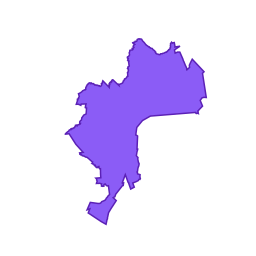 outline of Allende, Chihuahua, Mexico, rotated 24°
{"feature_id": "50627088B83243051408080", "entity_name": "Allende", "entity_type": "district", "adm_level": 2, "iso_a3": "MEX", "parent_name": "Mexico", "parent_adm1": "Chihuahua", "projection": "albers", "projection_center": [-105.393, 27.035], "detail": "fine", "context": "isolated", "style": "filled", "palette": "violet", "viewbox_px": 256, "rotation_deg": 24, "n_neighbors": 0, "source": "geoboundaries", "source_scale": "gbopen_adm2", "svg_char_len": 5644}
<svg xmlns="http://www.w3.org/2000/svg" viewBox="0 0 256 256"><g transform="rotate(24 128 128)"><path d="M73.3,159.1L76.5,157.2L87.0,164.1L96.9,168.5L93.9,170.4L94.5,171.1L94.7,171.6L95.0,171.6L95.6,171.1L95.8,171.1L95.9,171.7L96.7,171.5L97.4,171.9L98.6,171.8L99.0,171.5L101.1,171.8L102.1,171.5L102.8,171.5L109.2,173.5L109.5,173.5L109.4,173.9L109.8,175.0L109.7,175.1L110.3,175.2L110.5,174.9L111.7,175.1L111.8,175.4L112.9,176.1L113.2,176.0L113.4,175.5L114.6,176.7L114.8,176.6L115.7,176.9L116.3,176.5L116.3,175.5L117.1,175.0L117.5,176.0L118.0,176.3L118.4,176.6L118.7,176.8L119.0,176.7L119.4,176.4L121.7,181.3L123.4,184.5L119.0,186.9L120.2,187.4L120.5,188.3L121.1,188.7L121.6,189.4L121.5,190.3L121.7,191.5L122.5,191.0L123.1,190.9L124.4,190.1L125.3,189.9L125.9,190.0L126.5,189.8L126.5,190.1L127.4,191.8L127.6,191.6L128.3,191.7L128.5,191.6L128.6,191.3L129.6,191.1L129.7,190.9L129.4,190.4L129.1,189.2L129.6,188.8L129.9,188.4L130.9,189.0L132.1,189.4L132.7,189.3L132.8,189.1L133.3,189.0L133.6,188.7L138.2,196.2L137.2,198.8L137.3,199.5L136.7,201.0L136.7,202.2L136.4,203.2L135.5,204.4L134.0,205.9L133.6,207.5L133.0,208.3L131.4,209.1L123.8,211.3L123.9,219.4L126.0,217.4L126.2,221.8L141.7,224.4L147.1,224.9L146.1,220.2L146.2,219.4L145.7,218.2L145.6,217.5L144.7,213.3L145.2,209.0L146.8,199.1L142.8,197.7L143.6,196.5L144.0,196.1L143.7,193.5L146.5,182.5L147.0,182.4L146.3,179.9L145.8,180.3L145.8,180.7L145.1,180.6L144.5,171.7L150.2,177.6L151.1,177.9L151.1,178.2L155.3,182.7L157.8,179.5L154.7,176.3L157.1,173.9L158.8,171.8L158.9,170.5L159.2,170.2L159.8,170.1L159.9,169.3L159.8,169.0L158.9,168.1L158.3,166.6L158.0,165.7L155.4,166.0L154.8,164.9L154.2,164.6L154.1,164.0L154.3,163.6L153.5,161.1L153.2,159.2L153.3,158.5L152.8,156.4L152.4,155.7L151.8,155.5L149.4,152.2L149.3,151.4L149.1,150.9L148.0,150.5L146.9,149.9L145.9,146.1L145.6,143.8L145.4,143.3L144.8,143.6L140.1,131.6L140.0,131.4L138.5,131.1L137.9,131.2L135.8,123.9L138.2,115.3L143.6,108.0L183.4,86.3L184.2,87.0L184.5,87.0L185.5,86.2L186.4,86.2L184.9,84.1L185.2,83.3L185.3,83.3L185.3,82.9L187.2,77.7L182.7,73.4L183.4,70.3L184.9,69.1L187.1,68.3L173.8,47.7L174.6,45.7L158.7,39.0L158.5,42.7L158.5,45.6L158.7,46.1L159.6,47.5L158.1,51.0L157.9,50.9L157.8,50.6L157.6,49.8L155.8,48.1L155.2,47.7L151.9,44.5L151.2,44.0L150.0,42.6L144.5,37.6L142.5,38.4L140.6,40.4L138.7,37.8L142.2,32.1L137.9,34.9L137.7,34.3L135.5,31.1L134.4,31.9L134.1,32.4L132.9,31.9L132.8,32.6L132.5,33.6L133.1,34.8L133.2,35.6L133.7,36.3L133.9,36.7L134.0,37.2L133.8,37.8L134.1,38.2L134.1,38.7L134.0,39.4L133.6,39.5L133.3,39.9L133.2,40.9L132.8,41.5L132.8,41.9L132.3,42.7L132.4,43.0L132.0,43.4L131.6,43.4L131.3,43.7L130.4,45.0L129.4,45.6L129.1,46.2L127.8,46.8L127.5,47.1L127.5,47.8L126.9,48.2L125.8,48.4L125.2,48.3L124.6,48.6L123.4,48.6L123.0,48.4L122.6,47.5L122.0,47.6L121.8,47.2L121.5,46.9L120.1,46.4L118.9,46.2L118.0,45.6L117.5,45.5L116.5,45.9L115.8,45.6L115.1,45.7L114.4,45.2L113.9,45.5L112.8,45.1L110.8,44.8L110.7,44.6L110.2,44.5L108.0,43.3L106.1,42.6L104.4,41.4L103.5,41.4L102.5,42.1L102.0,41.9L101.7,42.0L101.5,42.3L100.6,43.1L100.4,43.4L100.7,44.8L100.6,45.3L100.1,45.7L99.3,45.8L99.2,46.0L99.4,46.6L99.2,47.0L98.2,47.5L97.6,48.2L97.8,48.4L100.2,48.9L99.8,49.5L99.5,50.3L99.5,51.3L99.6,51.5L100.6,51.8L100.7,52.0L100.5,52.5L99.4,53.6L99.6,53.8L100.5,54.0L100.5,54.4L100.3,54.8L99.9,55.1L99.1,55.5L98.1,56.3L98.5,57.5L98.5,58.8L99.4,60.1L99.7,60.8L99.3,62.5L98.6,63.3L98.6,63.6L99.0,64.3L100.0,64.4L99.9,65.3L100.5,66.3L100.4,66.4L100.6,66.5L100.8,66.2L101.1,66.5L101.4,66.4L101.5,66.8L101.8,67.0L101.7,67.4L101.9,67.7L102.1,68.2L102.8,69.0L102.9,69.5L103.7,70.3L103.7,70.7L103.8,70.8L103.7,71.1L103.8,71.3L103.3,71.8L103.1,72.4L103.2,72.6L103.5,72.7L103.6,73.0L103.3,73.8L103.8,74.1L104.3,74.1L104.5,74.5L104.9,75.0L105.0,76.1L105.4,76.7L105.2,77.2L105.4,77.5L105.1,77.3L105.0,77.8L105.8,78.7L106.0,79.2L106.1,79.9L106.8,80.6L106.8,80.9L106.2,81.6L106.1,82.6L105.7,84.0L105.0,84.4L104.9,84.6L105.0,86.3L104.9,86.7L104.6,86.9L104.8,88.7L104.6,89.3L102.5,91.6L101.6,91.8L102.4,92.8L99.9,92.0L94.6,90.1L94.3,90.2L94.0,90.5L93.9,91.3L93.8,91.6L94.0,91.8L94.0,92.1L94.3,92.2L94.3,92.4L93.9,92.7L93.9,93.0L93.5,92.8L93.2,93.3L93.1,93.8L92.9,94.1L92.9,95.0L93.2,95.1L92.8,95.4L93.0,95.9L93.4,96.0L93.3,96.6L93.8,96.9L93.6,97.4L94.0,97.5L94.0,97.8L94.1,98.1L94.3,98.5L85.8,95.1L85.8,95.7L86.0,96.1L86.0,96.4L86.1,96.6L86.0,97.0L86.3,97.5L85.6,98.3L85.8,98.7L86.4,99.0L86.5,99.3L86.4,99.7L86.4,100.4L85.7,101.3L85.5,101.2L84.7,101.3L84.6,101.0L83.8,101.2L83.5,101.5L83.0,101.3L82.6,101.3L81.7,101.6L81.6,101.9L80.8,101.8L80.4,102.2L79.8,102.2L79.2,101.7L78.5,101.8L78.3,101.6L77.9,101.9L77.0,102.1L76.4,101.9L76.3,102.1L76.2,101.8L75.4,102.2L74.8,102.2L74.4,102.5L74.0,102.9L74.1,103.4L73.6,103.7L73.6,104.3L73.1,105.2L73.2,105.7L73.2,106.4L73.0,106.6L73.1,107.7L73.0,108.1L73.3,109.2L73.7,110.0L73.5,110.4L72.9,110.7L71.4,112.5L71.2,113.3L70.8,114.2L69.5,116.1L68.8,116.8L70.7,119.1L70.5,120.3L70.5,120.8L70.8,121.1L70.4,121.7L70.6,122.2L70.1,122.4L70.4,123.2L70.7,123.3L71.1,127.4L72.9,126.5L75.7,126.5L75.5,125.2L79.9,123.1L80.1,124.8L80.5,125.4L80.4,126.3L80.8,126.8L82.0,126.6L84.0,132.2L82.3,134.2L81.8,136.9L81.6,137.4L81.9,138.3L82.2,139.6L82.1,139.9L81.6,140.6L81.6,141.0L81.4,141.6L81.4,142.0L82.0,143.5L82.7,143.2L82.7,143.9L82.4,144.1L82.2,144.6L81.7,144.9L80.6,145.8L80.7,146.2L80.2,146.2L80.3,146.7L79.6,146.4L78.9,146.9L79.1,147.5L79.1,148.2L79.0,148.3L79.1,148.6L78.8,149.0L78.7,149.9L78.0,150.2L78.0,150.8L77.3,151.5L76.9,151.3L76.2,151.9L76.5,152.6L76.2,152.7L76.0,153.0L75.5,153.4L75.2,153.7L75.1,154.1L75.1,154.9L74.5,155.8L73.6,157.6L73.6,158.0L73.2,158.9L73.3,159.1Z" fill="#8b5cf6" stroke="#5b21b6" stroke-width="1.5"/></g></svg>